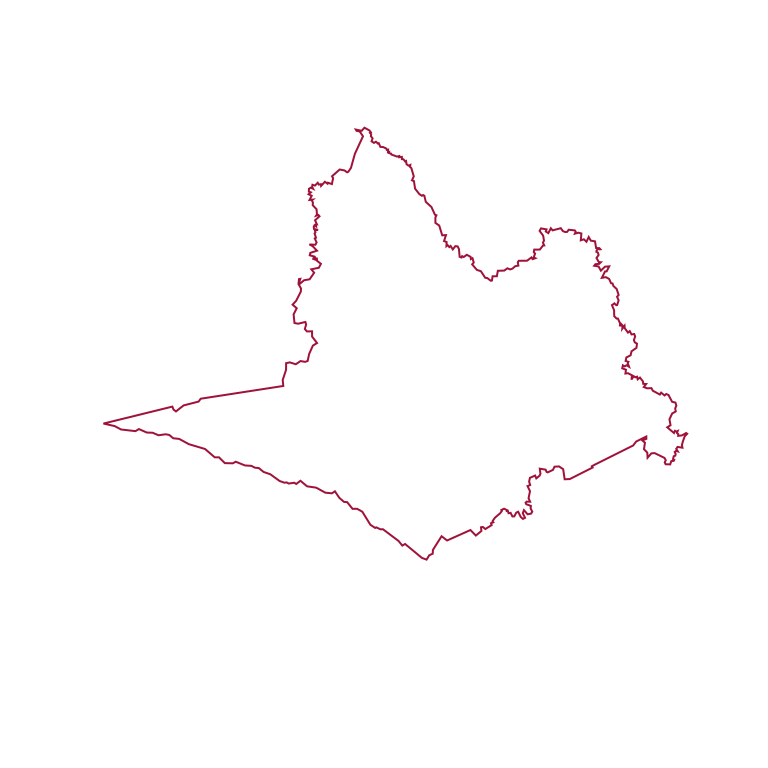 Ozuluama de Mascareñas, Veracruz, Mexico (Robinson projection), rotated 146°
{"feature_id": "50627088B92506226945560", "entity_name": "Ozuluama de Mascareñas", "entity_type": "district", "adm_level": 2, "iso_a3": "MEX", "parent_name": "Mexico", "parent_adm1": "Veracruz", "projection": "robinson", "projection_center": [-97.902, 21.699], "detail": "fine", "context": "isolated", "style": "outline", "palette": "rose", "viewbox_px": 768, "rotation_deg": 146, "n_neighbors": 0, "source": "geoboundaries", "source_scale": "gbopen_adm2", "svg_char_len": 6166}
<svg xmlns="http://www.w3.org/2000/svg" viewBox="0 0 768 768"><g transform="rotate(146 384 384)"><path d="M279.3,591.2L290.6,581.6L294.9,579.9L296.2,580.1L297.3,583.1L300.8,586.6L310.9,585.3L311.1,583.1L315.4,578.9L317.9,582.2L318.8,581.6L319.9,584.7L325.4,583.4L324.7,585.0L326.5,585.7L326.4,587.9L330.3,587.1L331.9,589.2L333.4,587.6L333.6,585.5L334.9,587.7L337.1,587.8L338.7,585.5L337.5,583.8L340.4,583.5L338.7,580.5L342.8,578.2L340.0,576.7L341.2,576.6L341.4,574.3L343.1,572.1L342.2,566.6L344.7,562.1L346.1,561.5L343.9,560.9L343.7,559.1L349.6,558.3L350.4,553.7L351.5,554.3L352.2,552.7L353.0,554.4L354.3,553.7L355.3,551.7L352.5,548.6L355.4,550.2L356.0,548.1L357.4,547.6L358.6,543.3L360.0,543.4L360.7,539.1L363.0,537.8L367.8,541.4L366.1,538.3L365.0,532.0L371.7,533.9L373.6,532.2L370.2,528.3L370.5,526.7L371.8,527.9L372.7,527.3L371.3,525.3L370.5,526.2L369.5,525.6L370.6,523.5L369.1,518.9L373.0,516.8L380.1,519.7L379.7,515.3L387.1,512.4L392.2,514.7L397.3,514.2L397.5,515.7L394.6,518.0L395.8,518.5L399.0,514.7L399.4,509.6L401.3,507.1L410.3,502.1L415.4,500.9L414.0,495.6L420.0,492.3L424.1,484.6L421.5,482.0L414.5,479.4L415.3,476.9L418.9,473.8L418.5,470.7L414.2,467.9L417.1,463.5L416.6,455.4L421.5,455.6L429.2,450.8L434.4,445.8L436.9,446.4L440.4,449.7L446.1,449.7L450.0,454.6L453.5,456.0L457.3,450.5L465.7,444.0L468.6,438.7L544.2,474.3L547.5,473.1L562.1,478.3L571.8,477.6L572.8,480.5L572.1,483.6L638.7,508.1L630.8,499.7L627.4,493.3L616.4,483.9L612.4,483.7L607.8,476.4L603.1,473.0L599.6,467.6L593.1,464.4L590.5,461.8L589.1,456.9L584.5,453.0L579.4,443.2L568.7,430.2L565.3,417.8L561.8,415.5L560.2,407.4L553.7,402.8L550.4,402.5L544.8,394.2L539.7,390.3L537.9,386.9L534.8,384.3L533.0,378.4L528.7,372.7L524.8,362.0L521.8,357.9L519.7,356.8L518.7,354.8L513.6,352.3L512.7,350.2L507.4,350.5L505.0,342.2L498.2,336.0L493.4,326.7L488.3,322.5L484.7,322.5L484.7,314.6L483.1,308.7L480.6,306.6L479.9,298.1L476.1,295.6L473.4,290.3L474.0,274.9L471.8,269.6L470.6,269.5L468.1,265.4L466.1,264.2L459.7,245.7L459.2,239.8L456.0,239.6L449.8,218.6L446.9,214.6L442.3,216.7L438.5,216.1L436.2,219.1L421.4,225.6L419.2,219.0L394.0,214.6L392.6,207.0L385.4,207.7L383.7,211.0L382.0,210.2L381.1,207.1L373.7,206.8L373.2,208.7L370.7,208.2L370.7,209.6L366.9,211.1L359.9,211.9L357.2,212.9L357.2,213.9L354.2,213.5L352.7,210.9L353.2,210.1L352.2,209.8L353.0,207.2L351.1,206.4L351.6,202.4L350.0,201.4L346.3,203.4L344.2,203.1L345.0,197.3L344.3,194.5L341.9,194.2L341.2,199.3L338.5,201.2L337.8,195.7L334.6,194.3L332.5,195.2L332.0,198.9L330.4,200.8L333.3,204.8L333.0,206.4L331.5,206.7L328.7,204.7L328.0,208.5L322.9,213.5L322.1,219.1L319.3,218.5L318.3,221.9L315.5,224.6L309.9,223.6L310.5,220.6L306.2,221.0L304.5,222.1L302.2,226.7L297.9,222.6L298.4,220.3L297.7,219.2L292.0,218.3L288.9,220.1L285.0,217.8L283.1,213.2L287.5,204.0L283.1,201.3L257.8,198.1L257.7,199.6L255.4,199.4L211.8,193.7L207.1,195.3L195.9,193.8L197.2,191.8L201.4,192.8L200.5,189.4L204.9,184.6L204.1,179.9L206.7,175.5L201.2,177.0L198.3,175.4L192.8,165.9L193.0,163.3L195.1,162.0L195.4,160.0L191.7,157.3L189.0,159.4L186.8,158.3L185.8,158.8L186.4,160.1L184.2,162.1L182.6,161.7L181.4,162.8L181.0,165.1L179.4,165.2L178.1,163.8L178.0,166.8L175.8,167.7L172.2,164.3L171.1,166.9L167.9,169.6L163.9,172.5L160.5,173.2L160.9,174.4L165.8,174.8L169.1,176.5L168.1,177.9L168.5,179.5L166.8,180.8L168.2,181.0L168.9,182.5L171.0,181.2L173.4,189.7L169.5,189.6L167.1,195.1L161.6,198.4L157.5,198.1L156.2,201.0L153.7,202.6L152.8,205.7L155.1,208.1L154.3,215.8L155.6,217.9L157.8,217.6L159.1,221.9L161.2,221.0L164.9,228.1L164.6,231.0L168.4,233.4L170.3,236.2L166.7,237.4L169.0,239.2L167.9,241.3L168.2,246.2L171.1,246.0L170.1,248.5L171.9,249.0L172.6,250.8L176.4,249.3L173.5,252.5L175.7,256.5L178.0,257.7L175.4,260.5L177.7,263.8L175.5,265.9L174.7,264.1L172.4,263.9L171.2,261.3L170.3,264.9L169.0,265.7L170.8,268.0L168.2,270.5L163.5,269.9L160.5,272.7L154.5,272.8L151.7,276.0L152.8,278.3L152.3,280.6L149.2,283.0L148.6,285.5L151.1,286.7L150.7,290.4L153.0,290.2L153.2,295.7L152.0,297.8L155.5,296.6L153.5,299.0L153.8,300.9L154.7,299.7L155.7,300.6L154.4,302.1L153.5,307.5L154.6,308.2L155.2,311.5L152.0,316.5L150.9,321.9L147.9,322.0L147.4,319.4L146.5,319.1L142.7,322.2L142.0,326.0L139.7,326.6L138.0,332.6L139.0,337.0L138.3,339.5L139.4,340.6L138.6,345.2L140.3,348.5L144.0,350.2L137.8,353.7L136.4,352.9L131.5,355.6L135.2,357.7L140.8,356.7L140.4,361.4L143.6,364.5L141.7,365.1L138.5,363.3L136.2,363.7L137.7,364.9L137.4,369.6L133.9,371.0L133.2,373.5L134.0,374.8L133.1,375.8L130.5,376.4L130.3,375.7L130.0,375.1L129.5,374.8L129.3,374.7L129.5,376.2L132.1,378.1L129.3,384.3L132.4,387.2L132.1,391.4L136.6,388.7L137.4,392.2L140.5,393.1L136.2,398.4L138.2,400.7L141.7,401.9L139.9,403.1L139.9,404.6L144.6,408.6L147.1,407.7L148.7,408.6L150.2,410.7L150.3,414.3L158.3,417.1L158.6,419.8L163.4,417.2L164.6,420.0L162.8,421.3L166.8,425.2L169.4,423.9L169.1,418.0L171.2,413.4L173.2,412.3L173.7,409.3L174.8,409.9L179.6,408.3L184.3,411.4L186.1,409.5L185.8,407.6L189.1,405.3L188.2,403.7L191.0,404.4L191.0,406.5L196.4,406.2L203.4,410.8L205.0,410.1L206.4,407.0L209.5,408.3L212.7,407.8L215.3,408.4L217.0,410.9L220.9,410.8L226.3,414.2L230.2,410.2L233.7,412.6L236.7,409.4L237.8,410.0L239.1,414.0L240.7,415.5L240.6,423.3L243.2,426.7L244.0,433.9L241.7,434.5L240.3,438.8L242.1,439.0L241.1,441.0L243.1,444.8L246.9,444.7L247.7,446.3L249.0,445.5L250.2,447.1L246.4,454.0L246.0,456.9L247.8,458.4L251.7,457.1L251.6,461.2L253.3,461.0L253.6,463.6L255.1,463.4L252.7,466.7L254.3,468.9L249.4,472.8L252.6,474.7L249.6,484.5L251.3,488.8L248.3,493.3L246.2,494.6L247.1,495.9L245.7,504.2L247.5,511.6L245.3,517.5L245.9,518.8L247.3,518.8L248.5,521.6L249.0,528.6L245.7,535.5L246.9,537.2L243.2,539.5L240.6,547.7L241.0,549.4L239.7,550.9L241.6,551.3L242.4,553.6L241.0,556.5L242.0,556.6L242.2,559.4L243.4,560.4L242.2,562.3L244.6,563.5L243.9,564.5L246.0,565.2L249.6,570.2L249.3,571.0L250.9,572.9L250.0,573.6L251.0,574.1L249.5,576.0L250.8,576.6L250.4,577.9L252.2,580.9L254.4,582.6L253.7,586.6L254.6,586.7L255.2,589.4L257.5,589.5L258.6,592.1L256.1,594.0L256.3,596.8L255.0,598.2L255.2,600.0L254.2,599.9L254.3,602.4L256.9,607.4L260.9,606.4L265.1,610.7L265.2,609.2L262.9,606.9L262.9,601.1L279.3,591.2Z" fill="none" stroke="#9f1239" stroke-width="2"/></g></svg>